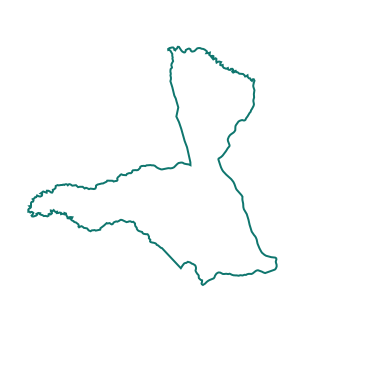 outline of Nova Santa Helena, Mato Grosso, Brazil, rotated 222°
{"feature_id": "56859067B79529427540135", "entity_name": "Nova Santa Helena", "entity_type": "district", "adm_level": 2, "iso_a3": "BRA", "parent_name": "Brazil", "parent_adm1": "Mato Grosso", "projection": "mercator", "projection_center": [-54.856, -10.911], "detail": "fine", "context": "isolated", "style": "outline", "palette": "teal", "viewbox_px": 384, "rotation_deg": 222, "n_neighbors": 0, "source": "geoboundaries", "source_scale": "gbopen_adm2", "svg_char_len": 6037}
<svg xmlns="http://www.w3.org/2000/svg" viewBox="0 0 384 384"><g transform="rotate(222 192 192)"><path d="M275.2,306.5L278.0,306.3L279.6,305.7L280.5,305.0L282.4,304.3L283.3,303.5L284.2,302.3L284.5,298.4L285.0,297.5L285.9,296.4L287.5,296.2L288.7,297.0L290.2,296.6L290.8,295.6L291.6,293.4L290.9,292.2L290.7,291.2L291.2,290.4L293.0,289.9L294.5,290.0L298.8,291.1L299.7,290.4L299.2,288.5L299.6,287.3L299.2,286.1L300.3,285.8L301.3,286.7L302.6,286.8L303.5,286.1L305.0,283.9L305.4,282.3L304.6,281.6L304.0,282.4L302.5,282.5L299.0,281.4L297.8,280.0L296.3,279.0L295.8,278.0L293.6,276.6L292.9,273.5L292.0,272.2L291.0,271.7L290.1,271.0L290.1,269.0L289.5,268.1L288.2,266.6L287.4,266.2L286.6,265.3L286.1,264.3L284.2,262.9L283.2,261.8L282.2,259.9L276.6,256.6L269.6,251.8L266.6,250.6L264.0,248.9L258.8,245.7L254.1,237.6L248.4,235.2L242.0,231.6L231.6,225.0L225.6,221.9L213.1,213.0L211.1,210.9L212.9,210.3L214.8,209.0L216.7,207.9L218.6,207.5L219.8,206.6L221.4,204.5L221.7,202.7L221.9,198.4L222.6,196.7L223.8,195.2L225.2,194.2L226.0,193.3L229.4,188.7L230.2,188.1L232.8,187.1L234.6,186.7L237.2,186.6L238.5,186.0L239.7,184.9L240.8,184.3L243.6,181.4L244.1,180.0L245.3,179.2L246.8,177.6L247.3,176.2L246.7,175.2L246.8,172.4L247.5,171.3L248.6,170.5L250.4,168.6L250.4,167.6L249.8,166.6L250.0,165.1L251.4,163.9L252.4,162.0L252.2,160.4L254.8,158.4L256.4,157.8L256.7,156.7L256.6,155.5L256.9,153.6L256.7,152.1L255.4,151.1L255.3,150.0L256.3,148.8L257.3,147.3L258.4,147.3L262.6,143.7L262.4,142.5L263.9,138.7L264.7,138.0L267.2,134.3L267.6,132.6L266.6,131.3L266.1,129.9L266.8,128.6L269.7,126.6L270.5,125.2L272.4,124.7L273.6,124.2L274.1,122.8L276.7,122.7L278.8,120.9L279.9,119.4L282.8,119.4L285.2,116.6L286.9,116.4L288.1,116.0L288.8,115.1L288.8,113.9L289.8,114.0L290.7,113.6L291.4,112.8L291.7,111.7L292.7,111.3L293.1,110.4L293.9,109.7L295.5,107.7L296.5,107.2L297.3,105.3L296.1,103.7L296.2,101.8L296.9,100.5L296.0,99.7L295.5,98.1L296.2,97.4L298.4,97.2L299.6,96.8L300.7,95.8L299.6,94.2L302.9,92.8L303.5,89.7L302.1,90.3L301.3,89.3L301.1,88.4L301.8,87.0L303.2,86.2L304.8,85.8L304.3,84.0L305.1,83.2L304.9,82.0L305.6,80.1L304.3,79.9L303.7,78.6L304.5,77.3L304.3,76.1L302.3,73.9L303.3,72.7L301.5,72.6L301.5,71.6L302.0,70.4L301.8,69.3L300.4,67.8L299.7,68.6L298.5,68.5L298.1,69.7L297.2,70.2L295.9,70.3L295.4,68.7L295.4,67.1L294.4,66.9L293.3,67.9L292.0,70.3L291.9,71.5L292.9,71.7L292.2,73.6L290.6,74.6L290.2,73.7L288.6,74.2L287.6,74.8L286.1,74.9L284.9,76.2L283.1,77.2L282.7,78.5L283.7,79.5L283.3,80.5L282.0,80.8L281.8,82.4L282.6,83.1L283.7,83.0L284.5,83.8L282.8,84.7L282.7,86.0L281.3,85.8L280.0,85.8L279.1,87.0L278.3,85.9L277.4,86.8L276.8,88.0L275.5,88.8L274.5,87.9L273.1,89.8L271.9,89.9L271.2,90.7L272.2,91.3L271.2,91.7L270.2,90.8L267.7,89.9L266.9,89.3L265.1,90.5L266.2,91.3L265.4,92.2L264.0,93.2L263.7,92.2L264.1,90.8L262.6,90.5L261.4,90.8L260.4,91.1L259.4,90.9L257.9,91.7L254.8,91.9L253.6,91.2L253.2,90.3L252.3,90.2L251.8,91.7L251.2,92.7L249.8,93.0L248.4,93.0L245.7,94.7L244.5,94.6L243.2,94.3L241.1,95.0L240.8,96.4L238.8,98.6L237.7,98.9L235.0,102.6L235.8,103.8L235.0,107.9L234.6,111.8L233.7,112.1L232.4,113.8L231.1,113.9L229.9,114.3L229.5,115.5L229.8,116.9L229.4,118.0L228.7,119.4L227.6,120.0L226.9,121.7L226.6,123.0L226.2,123.8L225.0,124.5L220.5,125.8L219.5,127.2L219.1,128.1L218.1,129.0L216.5,129.5L215.7,130.6L213.3,130.5L212.5,129.6L211.1,128.7L209.3,128.5L208.2,127.6L206.7,127.3L205.7,127.4L204.4,127.9L202.3,128.9L201.1,128.4L199.9,128.6L197.9,129.9L196.8,130.9L195.6,130.7L194.0,130.0L193.1,128.8L191.0,128.6L190.2,127.3L189.3,127.1L187.8,127.8L186.4,128.7L184.8,129.4L183.8,129.5L182.9,129.1L181.6,129.6L177.9,129.7L176.8,130.2L149.3,127.9L149.8,130.9L150.0,133.5L149.5,134.8L148.8,135.5L148.4,137.3L146.0,138.5L144.4,138.6L143.0,139.2L140.8,139.6L139.7,139.3L138.5,138.5L137.5,137.4L137.0,136.2L136.0,135.5L133.3,134.7L132.1,134.7L131.0,134.3L130.2,133.4L129.2,132.6L126.8,132.5L125.4,133.1L124.4,131.9L123.8,130.5L122.9,130.0L121.7,130.2L121.0,132.6L120.9,135.0L120.6,136.6L120.1,138.2L118.1,142.3L118.2,143.6L118.9,145.3L119.2,147.7L118.8,149.2L118.4,150.0L117.1,151.0L114.3,151.7L113.3,152.5L111.9,154.1L110.2,155.2L109.3,156.5L106.6,157.3L105.1,158.1L103.0,159.9L101.2,161.1L100.5,162.4L98.5,163.9L97.6,165.6L96.4,166.5L96.0,167.7L95.2,169.0L92.9,171.0L92.4,172.2L91.8,175.9L91.3,177.1L90.6,178.0L86.7,179.6L85.0,180.0L83.4,180.7L78.7,189.4L78.4,190.3L78.6,191.6L79.2,193.2L80.4,194.5L82.4,195.7L83.2,196.4L84.2,198.4L85.1,199.1L86.3,198.9L89.5,196.6L94.2,194.2L96.1,193.8L99.4,193.7L100.9,194.1L104.4,195.4L108.8,197.5L112.2,200.0L114.1,200.9L115.4,201.3L117.0,201.5L121.1,202.5L127.3,206.2L131.5,209.2L136.5,212.2L141.9,213.9L143.7,215.1L146.2,217.6L148.8,219.5L149.8,220.4L151.4,222.3L153.3,222.8L160.3,223.6L161.6,224.0L165.6,226.2L167.7,227.1L169.1,227.4L171.5,227.8L178.2,227.8L182.7,228.2L184.5,228.7L186.9,229.7L189.6,231.2L194.1,233.8L194.6,234.6L193.8,237.5L193.6,239.5L194.1,245.2L194.7,248.4L194.8,251.0L195.4,251.9L199.6,254.1L200.7,255.2L201.6,257.8L201.8,259.7L201.6,261.1L200.9,264.1L200.9,265.5L201.2,266.9L203.4,269.5L204.0,270.6L204.2,272.0L204.6,275.5L204.0,277.3L202.9,279.0L201.5,279.7L200.8,280.4L200.6,281.5L201.1,282.9L201.3,285.3L202.1,289.3L202.1,290.8L202.8,292.3L203.0,293.8L203.9,297.3L204.7,298.7L207.2,300.6L208.0,301.6L209.1,303.8L211.5,306.1L213.7,309.4L216.9,311.3L217.8,312.2L219.4,315.0L220.0,316.5L221.6,317.1L222.3,316.3L221.8,314.7L223.2,314.6L224.8,315.3L225.8,314.6L227.6,314.8L228.8,315.8L229.1,314.5L229.8,313.4L231.2,313.9L233.1,313.8L236.0,311.6L238.3,311.5L239.3,310.7L240.6,311.3L241.1,310.5L240.8,309.4L241.3,308.3L242.7,308.4L242.8,309.6L243.4,310.5L244.5,310.5L245.4,309.6L245.1,308.6L246.1,307.6L247.3,307.3L248.3,308.1L249.0,306.5L251.5,305.5L253.1,305.8L254.2,306.9L255.0,305.7L255.9,305.3L256.9,306.4L257.3,308.0L258.8,307.3L259.7,306.4L260.3,304.6L261.4,305.3L262.9,307.2L263.9,307.2L264.9,304.8L266.7,305.1L265.8,305.6L266.4,306.7L267.1,307.3L268.0,306.8L268.9,305.6L271.0,305.5L271.5,306.7L272.0,307.5L272.9,306.1L274.2,304.8L274.5,306.0L275.2,306.5Z" fill="none" stroke="#0f766e" stroke-width="2"/></g></svg>